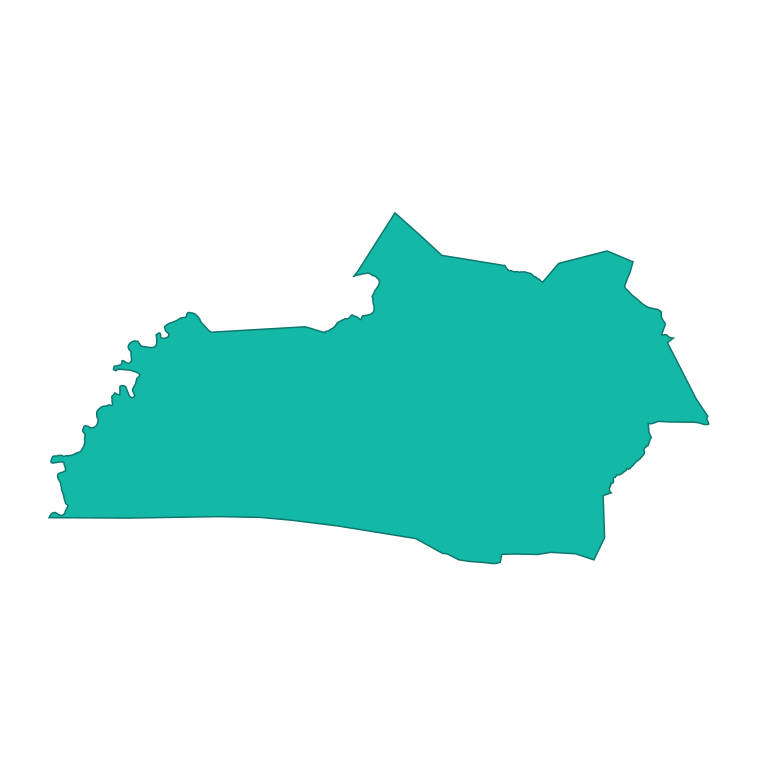 Moamba, Maputo, Mozambique, rotated 274°
{"feature_id": "85939544B51879158696861", "entity_name": "Moamba", "entity_type": "district", "adm_level": 2, "iso_a3": "MOZ", "parent_name": "Mozambique", "parent_adm1": "Maputo", "projection": "robinson", "projection_center": [32.243, -25.316], "detail": "fine", "context": "isolated", "style": "filled", "palette": "teal", "viewbox_px": 768, "rotation_deg": 274, "n_neighbors": 0, "source": "geoboundaries", "source_scale": "gbopen_adm2", "svg_char_len": 6079}
<svg xmlns="http://www.w3.org/2000/svg" viewBox="0 0 768 768"><g transform="rotate(274 384 384)"><path d="M450.0,669.4L450.1,667.4L450.4,665.6L451.2,664.3L452.4,663.0L452.7,662.4L452.8,660.6L452.3,658.8L452.5,657.5L462.5,660.3L463.8,660.4L468.7,656.8L470.6,655.9L475.2,655.6L476.6,653.6L477.3,652.3L478.6,643.9L479.0,642.1L480.0,639.8L481.6,636.8L486.5,630.4L490.2,624.9L494.0,621.1L495.6,618.9L497.2,617.6L498.3,617.3L499.9,617.6L507.9,620.0L512.8,621.7L523.4,623.9L523.6,622.7L532.3,597.3L516.5,549.8L496.8,535.3L497.5,533.3L499.2,531.7L499.5,531.3L499.6,530.2L501.1,528.4L501.5,527.3L501.7,526.1L502.1,525.4L503.0,524.9L503.6,523.6L504.4,522.8L505.0,519.0L505.6,517.3L505.6,515.2L505.4,514.5L505.4,513.0L505.0,511.4L505.0,510.6L505.5,509.1L505.1,507.0L505.1,505.4L506.0,502.5L505.9,500.8L506.2,500.2L508.3,497.8L510.1,496.8L510.6,496.4L510.8,496.0L510.8,495.4L510.5,494.0L510.9,492.4L516.3,432.8L533.7,411.1L555.5,383.0L494.9,350.2L489.4,346.4L489.5,347.0L490.4,348.5L491.1,350.5L491.3,352.0L492.5,355.5L492.9,357.8L493.6,359.9L493.4,361.7L491.7,364.5L491.2,366.7L490.5,368.4L489.4,369.5L488.6,370.7L487.3,371.7L486.3,372.2L483.9,372.2L482.9,372.0L478.7,369.9L476.0,368.1L473.9,367.6L470.9,366.1L470.3,366.1L468.2,367.0L463.9,367.5L460.9,368.6L459.3,368.9L456.6,368.8L455.6,368.5L454.5,367.9L452.7,365.8L451.5,362.5L451.1,362.0L451.0,359.7L450.5,358.1L449.5,357.3L447.3,356.8L446.6,356.4L446.9,355.2L448.6,353.3L449.4,351.0L449.8,349.0L450.6,347.7L450.4,346.6L448.3,345.4L447.2,344.4L446.6,342.5L446.3,340.7L444.6,337.5L442.4,334.0L441.5,333.0L440.5,332.5L440.3,332.6L439.4,331.7L438.0,331.1L436.8,329.6L435.7,328.7L434.8,326.8L432.8,324.6L432.5,322.4L432.1,321.8L431.5,321.6L431.0,321.6L435.6,301.6L423.9,210.2L423.5,209.5L423.5,208.8L424.2,207.0L425.1,205.5L427.1,203.2L429.3,201.2L432.5,197.5L433.6,196.7L435.7,195.8L438.4,193.4L439.8,191.7L440.8,190.3L441.1,189.6L441.6,186.5L441.7,184.3L441.5,183.5L440.6,182.7L437.8,182.0L436.8,181.4L436.4,180.5L436.2,178.4L435.3,176.1L432.6,172.4L431.3,169.5L430.4,167.9L429.8,165.9L428.8,164.3L426.1,161.3L425.1,161.1L424.2,161.6L422.6,162.0L421.8,162.5L420.2,164.2L419.0,165.9L418.5,166.1L416.7,165.6L416.1,165.3L415.2,164.2L414.5,162.7L414.3,162.0L414.2,161.0L414.4,158.6L415.5,158.0L418.3,157.5L418.9,157.2L419.2,156.7L419.0,155.4L418.6,155.1L417.3,153.3L416.2,153.4L412.4,154.3L408.7,154.4L406.8,154.0L405.6,153.2L405.1,152.5L404.7,151.9L404.3,150.7L404.1,147.7L404.6,141.3L404.9,139.3L405.3,138.5L406.2,138.1L407.7,136.7L409.1,135.9L409.5,135.3L409.4,133.8L409.6,133.0L409.5,131.8L408.6,129.9L408.2,129.2L406.7,127.5L405.1,126.5L403.0,126.2L401.1,126.9L399.2,128.8L398.0,129.4L394.4,129.7L390.4,130.6L388.5,129.9L387.2,128.6L386.9,127.6L386.9,126.8L387.3,125.1L388.3,124.0L389.1,122.2L389.1,121.4L388.9,121.1L388.5,120.9L386.5,121.1L385.9,121.0L385.4,120.6L384.4,118.9L383.9,117.7L382.9,114.5L383.0,113.8L380.8,113.1L379.6,113.2L379.1,113.7L378.7,115.5L378.7,115.9L380.0,117.3L380.3,117.9L380.1,130.0L379.8,130.6L379.8,131.6L379.2,132.6L379.0,134.2L378.3,136.9L376.9,139.1L376.3,139.6L375.5,139.7L374.0,138.8L372.1,136.9L369.7,136.7L365.8,135.8L363.1,134.3L361.4,133.6L359.2,133.8L358.4,134.5L357.1,134.9L355.6,136.1L354.2,135.9L353.4,135.2L353.0,134.1L352.9,132.8L353.3,131.8L356.1,129.9L363.3,126.5L364.0,125.2L364.1,123.7L364.0,122.2L363.5,120.9L362.0,120.7L359.5,121.1L354.8,121.2L354.7,120.4L355.1,118.3L355.4,117.7L356.1,117.0L356.4,116.5L356.1,116.0L354.7,115.3L353.2,113.7L352.4,113.4L351.5,113.3L350.1,113.9L348.2,113.8L345.3,114.6L343.9,114.5L343.6,113.7L344.0,111.2L342.6,108.2L342.3,105.9L341.7,104.4L341.1,103.4L339.0,101.2L336.8,99.7L335.4,99.4L333.0,99.6L330.9,100.0L328.8,101.2L327.7,101.5L324.7,100.9L322.4,100.0L320.8,98.2L320.1,96.6L319.9,94.5L320.0,93.2L320.6,92.7L321.1,91.9L321.5,89.1L321.5,88.7L321.2,88.2L320.4,87.6L317.5,86.7L316.6,86.6L315.4,87.0L313.6,88.8L312.8,89.2L311.2,89.4L310.0,89.1L306.4,89.3L305.3,89.7L302.4,89.3L299.8,88.3L297.5,87.1L295.7,86.3L294.6,84.6L294.2,83.0L293.3,81.6L293.0,80.7L292.3,80.2L291.9,78.9L291.0,77.3L291.0,76.1L290.3,74.0L290.3,71.9L289.4,69.8L289.6,69.2L290.2,67.7L290.3,66.2L290.0,65.2L289.9,63.7L289.3,62.6L289.1,59.7L288.7,58.9L288.3,58.6L287.4,58.0L284.6,57.3L283.2,57.2L282.3,57.8L282.0,58.9L283.8,67.0L283.6,69.8L283.2,70.2L281.8,70.4L278.7,71.7L276.2,72.5L275.3,72.3L274.7,71.1L274.1,70.6L273.2,68.5L272.8,67.2L272.2,66.5L271.9,65.5L271.0,64.9L268.7,64.8L267.6,65.2L262.3,68.4L260.1,68.8L259.0,69.3L255.8,69.7L252.9,71.3L250.3,72.2L246.3,73.2L244.7,74.0L242.7,74.7L242.0,75.4L241.4,76.7L240.8,77.2L238.1,76.4L235.6,75.1L232.9,74.7L232.1,74.1L230.7,72.5L230.4,71.6L230.5,69.9L232.8,65.1L232.8,63.6L232.1,62.2L231.0,61.0L229.4,60.1L227.3,59.2L232.4,138.3L240.2,228.6L242.3,270.1L241.7,299.5L239.2,347.3L232.0,426.5L219.2,454.0L219.0,458.8L213.9,470.6L213.0,481.0L212.9,494.3L212.5,504.3L212.7,507.6L214.1,512.4L222.3,513.3L223.5,525.9L224.7,549.5L227.7,562.2L228.0,586.8L223.2,605.6L246.0,614.8L288.0,610.4L291.3,618.3L292.1,617.2L293.5,616.3L294.5,616.2L296.9,616.3L297.0,616.7L298.4,617.2L300.4,617.3L300.8,617.7L300.9,618.8L301.3,619.3L302.3,619.7L303.7,619.7L304.8,619.2L305.3,619.3L306.9,620.2L307.1,621.3L308.7,622.1L309.1,622.5L309.6,623.9L309.6,624.6L310.0,625.7L311.8,628.2L314.0,630.4L314.4,631.3L315.3,631.9L316.2,631.7L316.5,632.1L316.7,632.6L316.6,633.4L316.1,633.7L316.5,634.9L318.4,636.4L320.5,638.4L322.1,639.3L323.3,640.5L324.4,641.2L325.1,642.5L325.8,643.0L327.2,644.8L328.4,645.3L329.5,646.4L332.7,648.5L333.3,648.7L334.3,648.6L335.6,647.9L336.6,647.9L338.1,648.3L338.8,648.9L339.1,649.6L340.2,649.9L340.5,650.2L340.6,651.3L341.0,651.7L347.1,653.3L348.7,654.2L349.4,654.3L350.3,653.9L351.9,652.7L353.2,652.4L354.8,651.4L355.3,651.4L355.7,651.6L357.2,650.9L357.6,651.2L358.2,651.3L359.3,650.8L361.3,650.8L362.6,650.2L363.2,650.3L362.9,652.4L363.1,654.2L363.8,655.9L365.7,659.7L365.9,660.7L366.0,670.5L367.5,696.4L367.2,700.9L366.2,705.2L366.0,707.6L366.1,709.4L366.8,710.8L367.6,710.3L369.0,709.9L370.6,708.8L371.6,708.5L373.9,708.8L374.5,709.2L390.7,696.6L445.0,663.9L450.0,669.4Z" fill="#14b8a6" stroke="#0f766e" stroke-width="1.5"/></g></svg>